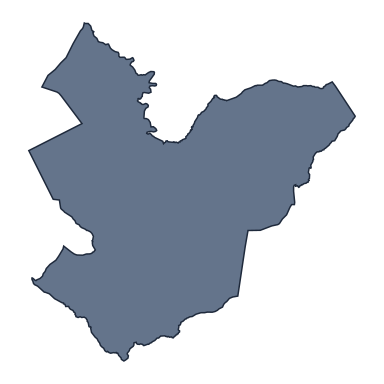 the district of Kitwe, Copperbelt, Zambia
{"feature_id": "96606910B1018737914833", "entity_name": "Kitwe", "entity_type": "district", "adm_level": 2, "iso_a3": "ZMB", "parent_name": "Zambia", "parent_adm1": "Copperbelt", "projection": "mercator", "projection_center": [28.274, -12.828], "detail": "fine", "context": "isolated", "style": "filled", "palette": "slate", "viewbox_px": 384, "rotation_deg": 0, "n_neighbors": 0, "source": "geoboundaries", "source_scale": "gbopen_adm2", "svg_char_len": 5870}
<svg xmlns="http://www.w3.org/2000/svg" viewBox="0 0 384 384"><path d="M31.9,277.4L32.0,279.6L32.8,281.0L33.5,283.4L34.5,284.6L37.6,286.1L44.3,292.2L45.1,292.2L49.4,293.8L54.6,298.7L62.0,302.7L63.5,303.0L63.5,303.8L65.0,304.4L65.7,306.5L68.6,306.4L69.6,308.4L70.7,309.4L73.1,310.5L73.7,312.0L74.6,312.4L75.3,313.7L75.0,314.4L75.9,315.7L75.9,316.6L78.1,317.5L80.1,316.7L81.8,317.5L84.1,317.1L86.1,318.3L86.6,319.4L87.2,320.0L87.2,321.4L88.1,322.3L89.0,326.6L89.8,327.0L90.6,326.7L91.0,327.3L90.7,328.3L91.5,332.4L95.1,337.1L97.1,338.8L98.5,341.6L99.5,342.7L100.5,345.5L102.4,347.4L103.6,348.1L104.9,350.7L106.3,351.8L107.1,351.9L107.7,351.4L109.0,352.6L110.7,353.2L113.5,352.6L115.3,352.9L116.0,352.5L116.4,352.5L116.9,353.3L117.7,353.1L118.7,355.4L121.0,357.8L121.4,359.4L123.9,361.0L125.6,360.0L127.9,358.2L128.4,355.8L127.2,354.0L127.3,353.2L129.2,350.8L130.0,348.7L133.2,346.3L133.9,345.0L133.9,342.9L134.9,342.5L136.3,342.3L136.5,343.5L137.5,344.2L139.5,344.4L140.5,343.9L142.7,344.4L143.4,345.5L144.2,345.5L147.8,344.2L148.7,344.3L150.1,343.1L151.6,342.6L152.2,341.8L154.8,340.5L157.1,338.1L158.7,338.0L160.6,336.1L164.9,335.8L165.5,336.4L166.9,336.4L167.2,336.9L168.5,336.5L169.4,337.2L171.7,336.9L172.2,337.7L173.4,337.8L174.4,336.4L175.5,335.8L176.1,334.9L177.0,334.6L177.1,334.1L178.2,333.7L178.4,332.8L179.5,332.0L179.6,330.9L178.4,330.0L178.3,329.5L178.9,326.7L178.7,325.5L180.1,325.0L180.8,323.6L180.8,322.4L183.3,321.0L185.3,319.0L186.4,318.8L187.0,318.0L188.6,317.6L189.4,316.9L192.3,316.5L196.0,314.2L201.0,312.7L204.6,312.7L207.4,312.1L212.3,312.2L215.1,311.5L217.4,310.3L219.1,308.8L222.5,307.1L223.8,304.2L225.5,302.3L226.5,301.8L229.4,298.4L232.7,297.0L237.8,296.1L245.2,246.6L248.0,230.5L260.3,230.3L271.8,225.9L277.8,224.6L279.4,223.6L282.4,219.0L286.6,214.8L289.9,207.4L291.6,204.6L294.4,204.6L294.7,202.4L293.6,191.3L293.6,186.9L294.2,185.3L295.7,184.7L295.7,186.2L297.4,185.8L298.7,187.3L299.4,186.9L299.4,186.2L301.1,185.4L301.5,184.7L302.5,184.8L303.7,183.7L306.1,183.2L306.9,182.4L308.0,182.3L308.4,181.0L309.1,180.5L308.5,179.4L309.4,178.5L309.6,174.5L308.7,173.3L308.4,172.2L309.1,168.2L309.4,167.8L310.8,168.2L311.1,167.7L310.8,165.0L312.8,161.6L312.8,160.3L313.5,159.7L313.2,157.0L315.4,153.4L317.2,151.8L318.2,151.9L319.8,151.5L319.9,151.1L321.3,151.2L322.5,150.0L323.9,149.8L324.3,148.8L325.4,148.3L329.5,144.7L329.8,143.8L331.2,142.5L331.9,141.3L334.7,140.7L337.2,136.5L338.2,133.6L339.7,132.4L340.2,131.4L341.1,130.8L344.6,130.0L346.0,128.6L346.4,127.6L348.8,126.1L349.2,124.4L352.6,120.3L353.4,118.6L354.4,117.8L355.2,116.2L335.5,86.3L332.2,81.9L327.7,84.2L326.1,84.6L325.6,85.6L323.6,86.9L323.5,87.9L322.0,88.6L319.9,88.4L318.0,87.2L315.1,87.2L314.2,86.5L312.5,86.5L310.8,85.6L307.4,85.9L306.7,85.6L303.5,85.6L302.0,86.5L297.7,87.0L295.5,85.9L293.6,86.2L287.1,83.7L284.6,83.1L283.5,83.2L281.4,81.6L278.7,81.4L276.4,80.3L274.7,80.0L272.4,80.1L269.4,80.6L266.9,82.8L265.3,83.3L262.5,85.2L257.1,85.2L256.5,85.7L255.3,85.6L250.9,87.8L244.9,89.8L242.5,91.9L241.4,93.4L236.3,97.2L226.5,100.7L226.0,100.2L224.5,100.2L223.9,99.7L223.0,99.8L222.5,99.3L220.5,99.2L217.1,96.7L216.9,95.9L216.2,95.3L214.5,95.5L213.9,96.4L214.3,97.3L213.6,97.6L213.7,98.2L212.6,98.7L210.9,101.4L207.9,104.2L208.0,105.9L206.3,108.0L206.3,108.6L203.8,111.3L201.5,112.4L200.6,113.9L199.4,115.0L198.5,114.9L198.0,115.6L197.5,117.4L194.8,121.6L194.3,123.4L193.0,125.5L193.0,126.7L192.7,127.0L191.8,126.7L191.5,127.2L192.1,129.4L191.5,129.6L191.3,130.3L190.7,130.0L190.5,130.3L190.3,131.6L188.7,133.6L187.9,133.9L187.6,135.1L185.8,136.8L186.0,138.1L185.5,138.6L182.2,139.8L182.0,140.6L180.4,140.9L179.9,141.5L180.0,141.9L179.0,142.0L178.1,143.0L176.5,142.2L175.5,142.5L174.9,142.1L174.6,142.4L174.2,142.1L173.7,142.3L173.4,141.9L172.6,142.3L169.0,141.9L167.9,141.7L167.3,140.8L166.6,140.9L165.9,141.1L165.6,142.2L164.5,142.7L163.5,143.7L162.8,141.3L154.4,137.3L153.7,136.4L152.3,135.9L151.5,134.7L149.9,133.3L148.1,134.1L146.7,133.4L147.0,132.3L149.1,131.6L151.1,131.4L153.6,131.9L155.6,131.4L156.7,130.5L156.6,130.1L155.8,128.6L153.4,126.7L151.0,126.9L150.2,122.4L148.4,119.6L146.4,118.6L144.2,118.5L143.9,117.9L144.4,111.1L145.8,108.4L148.1,106.9L148.3,105.4L147.9,104.8L146.8,103.8L145.7,103.5L143.6,104.4L142.0,104.4L141.3,103.5L140.5,103.4L140.3,102.8L138.2,101.8L137.5,100.9L138.0,100.3L138.1,98.6L138.9,98.5L139.8,99.2L140.9,98.5L141.4,97.3L142.3,96.4L142.3,94.7L143.0,92.7L144.3,92.5L148.7,93.2L151.0,92.2L150.6,89.2L149.4,87.9L149.3,87.3L150.1,86.0L152.5,85.7L154.8,86.0L156.2,85.5L156.5,84.6L156.1,83.7L155.5,83.4L152.5,83.4L149.1,82.7L149.3,81.1L154.2,74.3L154.4,72.4L153.9,71.7L150.8,71.5L148.4,72.6L145.2,74.9L143.4,74.7L142.1,75.2L141.2,74.7L138.9,75.3L137.8,75.0L137.3,74.0L136.0,73.2L134.8,70.0L132.6,67.0L130.2,65.2L130.2,64.4L131.1,62.8L131.7,62.0L133.3,61.4L134.0,60.3L133.1,58.1L132.4,57.7L130.0,59.1L126.6,59.4L125.8,59.0L124.9,57.6L124.3,57.2L119.9,57.3L118.8,56.0L118.9,54.0L118.2,52.4L115.1,51.6L112.0,49.7L110.4,48.1L108.5,44.1L107.2,44.1L105.8,44.7L102.8,42.7L100.2,42.3L98.3,41.6L96.9,38.4L93.9,35.9L92.9,32.7L92.9,32.2L93.5,32.3L93.8,31.7L91.9,30.4L90.7,26.1L88.2,23.5L85.3,23.5L84.3,23.0L83.3,27.1L82.5,28.6L80.4,30.9L73.1,43.7L66.1,57.7L60.7,63.0L55.2,69.5L48.0,75.4L41.9,87.0L56.9,92.0L59.0,93.3L61.3,96.0L82.0,123.6L28.8,150.6L53.2,199.3L59.4,200.0L60.6,207.9L61.1,208.9L63.9,211.3L64.6,212.2L71.8,216.8L73.3,219.1L74.9,220.6L76.1,223.4L79.3,224.9L80.2,226.5L81.8,227.7L84.9,229.0L86.9,230.5L87.6,230.4L90.5,231.9L92.0,233.5L93.4,236.4L92.7,240.0L92.0,240.9L92.8,241.7L92.3,242.8L92.7,245.5L95.3,249.9L93.6,252.0L92.6,252.2L91.8,253.3L89.8,253.9L86.3,254.0L82.8,255.2L76.9,255.0L74.4,254.1L71.5,252.2L63.7,246.1L63.0,249.0L58.6,256.3L55.9,260.2L50.0,264.4L46.3,268.5L45.1,271.5L43.3,273.6L42.5,276.2L40.0,278.5L36.9,279.8L36.0,280.6L35.0,280.2L33.2,278.5L32.6,278.7L31.9,277.4Z" fill="#64748b" stroke="#1e293b" stroke-width="1.5"/></svg>